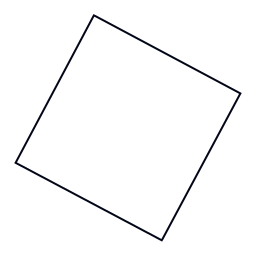 Roberts, Texas, United States of America, rotated 118°
{"feature_id": "52423323B43933736406095", "entity_name": "Roberts", "entity_type": "district", "adm_level": 2, "iso_a3": "USA", "parent_name": "United States of America", "parent_adm1": "Texas", "projection": "natural_earth1", "projection_center": [-100.882, 35.838], "detail": "fine", "context": "isolated", "style": "outline", "palette": "ink", "viewbox_px": 256, "rotation_deg": 118, "n_neighbors": 0, "source": "geoboundaries", "source_scale": "gbopen_adm2", "svg_char_len": 252}
<svg xmlns="http://www.w3.org/2000/svg" viewBox="0 0 256 256"><g transform="rotate(118 128 128)"><path d="M44.7,45.9L44.5,208.6L44.6,211.0L211.5,210.9L211.3,45.5L209.3,45.4L44.7,45.0L44.7,45.9Z" fill="none" stroke="#020617" stroke-width="2"/></g></svg>